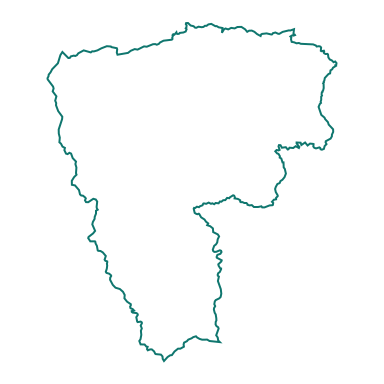 the district of Juara, Mato Grosso, Brazil
{"feature_id": "56859067B67844091426468", "entity_name": "Juara", "entity_type": "district", "adm_level": 2, "iso_a3": "BRA", "parent_name": "Brazil", "parent_adm1": "Mato Grosso", "projection": "orthographic", "projection_center": [-57.533, -11.229], "detail": "fine", "context": "isolated", "style": "outline", "palette": "teal", "viewbox_px": 384, "rotation_deg": 0, "n_neighbors": 0, "source": "geoboundaries", "source_scale": "gbopen_adm2", "svg_char_len": 5861}
<svg xmlns="http://www.w3.org/2000/svg" viewBox="0 0 384 384"><path d="M294.0,29.2L290.3,30.5L288.8,30.4L282.6,31.9L279.4,33.8L278.2,33.8L275.4,32.5L272.9,33.2L272.2,34.3L271.4,34.5L266.6,33.4L262.1,33.9L261.1,34.5L260.6,36.0L257.1,34.1L254.4,31.8L251.8,30.6L249.1,30.7L247.2,31.8L245.1,29.3L241.4,26.9L237.4,27.0L234.7,28.4L231.2,27.9L228.2,29.4L225.5,28.5L224.1,29.2L221.9,32.8L222.5,28.0L218.6,27.3L216.7,26.1L215.4,26.2L211.3,23.9L208.4,24.4L206.6,25.8L204.9,25.8L203.5,26.9L201.7,27.2L198.5,26.7L196.2,27.8L195.0,27.6L193.6,26.2L190.6,25.5L188.0,23.0L186.1,23.1L185.8,24.1L186.6,25.3L186.4,27.4L185.7,28.3L186.6,29.2L185.7,31.5L183.4,32.5L179.8,32.9L179.3,33.6L177.9,34.0L176.7,33.7L176.4,32.3L174.4,34.7L173.3,34.2L172.5,35.2L172.9,35.9L172.2,37.9L172.5,38.9L171.8,39.7L163.5,40.7L160.0,42.5L158.8,43.9L156.8,44.7L155.3,44.1L153.0,44.2L146.8,46.7L144.0,46.4L137.6,49.6L134.7,49.1L130.7,50.8L128.0,52.9L117.5,54.7L116.8,52.6L117.2,49.3L116.8,48.2L111.4,47.1L110.9,46.5L106.8,46.2L101.4,48.3L97.4,50.4L93.9,51.4L92.2,51.3L90.8,52.4L83.7,50.4L78.3,53.3L76.9,55.2L75.2,56.0L73.9,55.6L70.8,56.4L69.9,57.8L69.0,58.0L68.3,58.0L62.4,52.0L60.4,55.1L57.9,63.3L52.2,69.2L50.5,72.4L48.7,74.6L48.5,76.3L47.5,78.2L47.7,79.4L53.1,86.6L53.6,88.5L52.7,91.4L56.4,96.3L55.2,100.7L56.2,103.1L56.0,105.2L58.2,111.1L62.3,116.7L62.1,119.1L58.7,129.5L58.8,133.6L59.8,137.6L59.4,142.3L61.0,143.7L62.5,146.6L64.9,147.9L64.4,150.2L66.0,153.6L67.6,154.1L69.4,152.8L71.1,153.6L72.7,158.1L76.0,161.6L75.4,164.0L76.4,167.5L76.0,173.2L76.5,174.7L74.1,177.1L71.8,180.8L71.9,184.8L75.0,185.4L79.0,190.1L80.0,194.4L81.2,195.5L83.0,195.7L85.2,197.5L85.8,198.4L85.0,200.3L86.0,202.1L88.2,202.2L93.3,198.8L95.8,199.5L97.2,201.6L96.6,207.0L96.9,208.5L97.7,209.7L96.0,210.7L96.0,213.6L94.7,216.9L94.6,218.9L92.9,221.9L92.3,224.4L95.1,230.9L93.1,233.4L88.6,236.9L88.2,238.1L90.3,241.3L94.9,241.3L95.3,241.7L95.6,243.5L96.9,245.9L97.7,250.3L98.2,250.8L100.5,251.0L102.8,252.4L105.8,256.0L104.6,259.7L105.4,260.8L107.2,261.4L107.3,262.1L106.9,263.7L107.2,265.5L106.8,268.7L105.8,271.8L106.5,272.9L109.2,273.7L111.1,275.4L111.2,276.0L110.2,277.7L110.1,279.8L112.8,284.9L115.5,287.7L119.8,289.0L123.0,291.8L124.7,295.0L124.4,298.3L127.1,301.7L130.8,304.2L130.8,305.4L130.1,306.7L130.5,308.2L132.7,309.1L134.0,310.5L131.7,311.1L131.8,311.9L132.7,312.6L136.6,313.1L137.7,314.2L137.8,314.9L136.3,317.2L137.2,321.6L137.7,322.1L140.7,321.6L141.8,322.4L141.9,323.2L140.7,325.6L141.8,328.4L140.9,330.8L141.3,334.9L140.5,339.2L139.3,341.0L140.6,344.4L144.6,344.5L146.4,346.6L147.6,346.8L147.0,349.1L147.8,350.3L150.2,349.4L151.8,349.4L154.1,351.4L155.2,353.7L155.8,354.1L160.9,354.6L162.5,356.4L162.7,358.8L164.0,361.0L167.6,357.0L170.2,355.3L171.9,355.1L174.5,351.5L178.0,348.7L180.3,348.7L183.9,346.7L183.6,344.4L184.1,342.6L186.9,341.2L188.3,339.6L191.6,338.3L193.3,337.1L196.0,336.3L197.1,337.5L199.6,338.9L202.2,339.7L207.2,339.6L209.5,341.0L219.8,342.1L218.2,340.5L217.7,337.5L216.2,335.3L218.6,328.6L218.2,327.3L216.5,326.1L215.6,324.5L215.7,321.9L216.4,320.4L216.3,318.2L215.7,314.4L214.7,312.8L213.9,309.6L214.0,308.2L215.2,306.1L214.3,304.2L214.8,301.4L215.7,300.1L219.2,298.4L220.6,297.0L221.3,293.7L220.8,289.2L217.9,281.0L218.9,276.6L217.8,275.7L217.7,274.7L218.2,273.2L219.8,272.0L221.1,269.2L221.1,268.5L220.2,268.3L218.6,265.7L218.3,264.3L221.3,261.5L221.7,260.3L216.8,257.7L216.6,257.0L217.4,254.9L220.4,253.8L221.5,252.0L221.1,250.8L219.9,250.3L216.2,251.8L214.3,251.9L213.1,250.9L212.8,249.6L214.2,245.8L216.0,244.4L217.2,242.5L217.7,239.3L219.1,236.4L217.8,234.4L213.2,232.1L212.9,228.4L210.2,226.2L207.2,225.2L208.2,223.4L206.0,221.7L204.5,219.5L201.1,217.3L199.3,214.1L198.8,213.7L197.4,214.2L196.3,213.9L194.7,212.9L193.7,208.7L194.1,207.9L195.0,208.1L196.9,206.7L199.0,207.2L199.9,206.3L202.5,205.3L203.3,203.6L203.9,203.4L206.2,203.8L208.7,202.6L211.0,203.8L212.3,203.3L214.2,204.2L215.6,203.0L218.6,203.3L219.9,201.5L221.4,201.7L223.2,200.2L225.3,200.1L227.1,197.9L229.3,198.2L229.9,197.3L233.1,195.3L234.2,195.7L234.9,197.4L234.6,198.4L237.8,198.9L239.8,200.0L240.2,200.3L240.2,201.7L240.9,202.2L242.5,202.1L244.3,203.0L246.4,203.0L247.3,203.8L247.5,204.8L249.6,205.4L251.8,205.1L253.9,207.0L258.1,207.0L261.4,206.3L262.2,207.4L264.5,207.4L269.6,205.4L272.5,205.2L272.9,204.9L273.2,202.9L272.0,201.8L273.9,199.7L276.1,199.3L276.1,197.8L277.7,196.2L277.7,195.4L275.8,192.1L275.1,189.0L275.8,186.9L277.4,184.0L279.6,183.1L280.5,181.0L282.4,179.8L284.5,177.2L285.9,173.6L284.8,168.9L283.7,167.4L283.5,162.4L282.5,162.4L281.3,158.5L279.7,157.6L279.9,156.2L278.5,153.9L277.1,153.4L275.3,151.3L276.6,150.0L278.6,150.4L279.6,149.9L278.5,146.3L279.0,145.1L280.5,145.2L281.9,147.7L285.8,147.2L287.7,149.5L288.4,149.3L289.5,147.7L293.2,148.0L295.7,146.2L298.9,148.0L299.3,147.0L296.6,143.4L296.6,142.5L300.6,142.7L301.4,145.0L305.1,142.5L307.6,145.5L310.0,143.6L313.1,143.9L313.6,144.1L313.3,146.5L314.3,147.8L316.0,148.4L319.4,147.4L320.2,148.0L320.6,149.3L321.9,149.7L323.9,148.9L324.6,146.1L326.5,144.1L325.6,142.4L325.8,141.2L330.6,138.6L331.9,136.3L331.9,134.7L333.2,131.9L333.1,129.3L328.7,124.6L327.9,122.1L325.2,119.2L324.5,117.6L321.3,114.9L318.6,106.9L319.8,104.0L321.0,102.9L320.6,101.9L321.2,99.9L321.2,96.6L322.0,95.6L321.6,94.6L321.8,92.5L322.6,91.8L322.4,91.3L323.1,90.5L323.7,88.1L323.6,84.0L323.1,83.3L323.9,82.4L323.7,81.6L324.3,80.7L324.8,78.0L328.5,74.0L330.1,73.4L330.5,70.4L332.2,69.3L333.0,67.7L335.9,65.9L335.5,65.3L336.2,65.1L336.5,63.1L335.2,61.5L333.6,62.2L331.8,60.4L329.8,59.5L328.4,57.5L328.0,54.5L327.5,53.9L325.6,54.0L324.2,53.3L323.7,52.6L324.2,51.3L323.9,50.7L321.3,51.2L320.8,50.8L321.1,47.5L320.4,46.6L319.0,46.2L316.6,46.5L315.9,45.5L313.1,44.4L300.8,43.8L298.9,43.0L296.5,43.3L294.1,42.3L291.7,41.9L291.0,39.2L291.3,37.5L290.4,36.5L291.9,35.5L293.6,35.6L295.0,35.1L294.7,34.6L293.4,34.3L294.0,29.2Z" fill="none" stroke="#0f766e" stroke-width="2"/></svg>